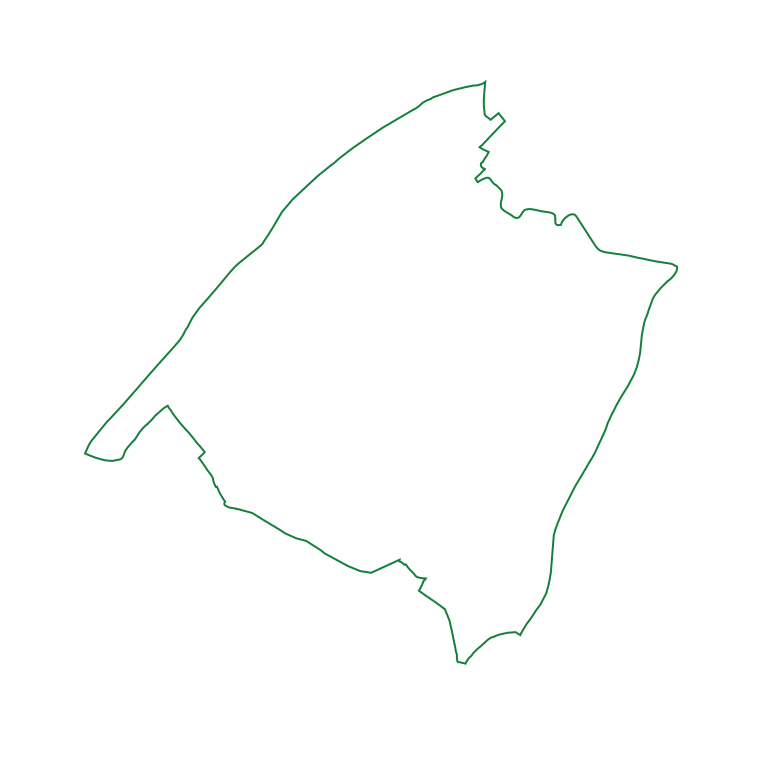 Giong Trom, Bến Tre, Vietnam (Mercator projection), rotated 83°
{"feature_id": "81297802B83890760772965", "entity_name": "Giong Trom", "entity_type": "district", "adm_level": 2, "iso_a3": "VNM", "parent_name": "Vietnam", "parent_adm1": "Bến Tre", "projection": "mercator", "projection_center": [106.467, 10.145], "detail": "fine", "context": "isolated", "style": "outline", "palette": "green", "viewbox_px": 768, "rotation_deg": 83, "n_neighbors": 0, "source": "geoboundaries", "source_scale": "gbopen_adm2", "svg_char_len": 6102}
<svg xmlns="http://www.w3.org/2000/svg" viewBox="0 0 768 768"><g transform="rotate(83 384 384)"><path d="M649.9,279.4L648.0,278.2L643.9,275.1L639.6,271.7L633.4,265.8L626.8,260.3L621.9,255.6L617.4,252.5L611.5,248.5L604.7,245.6L597.6,243.2L592.0,241.5L554.8,233.9L550.1,232.0L543.4,228.6L538.3,225.8L531.6,222.1L508.5,206.5L492.7,194.2L487.6,190.4L482.5,186.3L477.7,182.9L467.4,176.5L458.5,171.0L455.1,169.1L450.1,166.7L441.5,161.4L439.2,159.7L433.1,155.7L431.1,154.2L427.3,151.4L424.5,149.3L421.4,146.7L418.8,144.6L414.9,141.5L412.0,139.6L407.3,136.2L404.6,134.5L398.5,131.2L391.3,128.3L387.1,126.9L384.0,125.9L380.3,125.1L372.8,123.4L371.8,123.2L366.4,122.0L360.1,119.9L355.9,118.6L351.8,116.9L347.5,114.4L342.1,111.9L338.0,109.8L331.9,106.7L328.8,104.3L326.4,101.8L322.2,97.3L317.3,91.1L316.6,90.1L314.8,87.0L313.7,85.6L311.6,83.2L309.9,81.6L308.6,80.6L307.4,79.9L306.1,79.4L305.2,79.0L304.3,78.8L302.9,79.0L302.2,80.4L300.7,82.4L300.2,83.2L299.3,85.3L299.0,86.6L297.7,91.2L295.7,98.3L293.9,104.0L291.6,110.4L289.7,116.5L288.4,119.8L287.7,122.0L286.2,126.1L285.5,128.7L280.3,148.0L279.4,150.4L277.9,153.0L277.1,154.2L274.8,156.0L272.1,157.6L245.5,170.5L241.6,172.4L240.1,173.3L239.0,174.3L238.4,176.9L238.9,179.5L239.6,181.1L241.7,184.5L243.6,186.5L245.1,187.7L247.6,189.0L247.6,191.2L247.4,192.7L246.4,193.7L245.6,194.1L244.7,194.3L243.8,194.2L242.3,194.0L241.0,193.9L239.8,193.8L238.8,193.7L237.7,193.8L237.0,194.0L236.5,194.4L235.9,195.1L235.1,196.0L234.3,197.7L233.8,199.2L233.3,200.9L232.7,203.1L232.5,203.7L231.6,207.1L230.4,210.4L229.2,213.8L228.5,216.3L228.1,218.2L228.0,219.8L228.2,222.0L228.7,223.5L229.3,224.3L230.6,225.6L233.0,227.5L234.5,229.0L235.1,229.9L235.3,230.6L235.4,231.8L235.4,232.2L235.2,232.8L234.8,233.7L234.0,234.9L233.1,235.8L231.0,238.2L228.6,241.3L227.1,243.1L225.3,244.9L224.3,245.6L223.6,246.0L223.0,246.3L222.0,246.3L220.7,246.2L219.1,246.1L216.8,245.4L214.3,244.5L212.5,243.9L210.8,243.6L209.1,243.4L207.5,243.6L205.9,244.1L204.1,245.4L202.2,246.9L200.6,248.1L200.1,248.8L199.3,249.9L198.8,250.3L198.2,250.8L197.3,251.5L196.3,252.1L195.7,252.4L195.4,252.6L194.3,253.1L192.4,254.6L191.9,255.8L191.9,257.3L192.6,260.6L194.2,264.5L195.0,265.9L195.1,266.1L195.0,266.4L193.8,267.1L191.0,268.3L186.8,262.3L185.2,260.5L184.8,260.1L184.4,259.6L183.8,258.7L183.5,257.8L183.3,257.7L182.9,257.7L182.5,258.3L181.7,259.6L180.8,260.5L179.9,261.0L179.2,261.2L178.4,261.2L177.3,260.9L176.9,260.8L176.4,260.4L176.2,259.9L176.2,259.4L176.0,259.1L175.5,258.7L174.8,258.3L173.6,257.4L171.9,256.0L170.6,254.8L170.2,254.4L166.5,251.8L162.6,258.0L160.6,260.3L160.4,260.1L159.4,258.4L158.5,257.1L156.7,254.9L152.5,249.9L145.1,240.9L137.9,231.9L129.1,237.4L130.6,239.5L133.0,243.3L134.8,245.9L134.7,246.0L134.0,246.6L132.6,248.0L131.3,249.4L130.6,250.2L129.4,251.0L128.6,251.2L124.8,251.1L122.7,251.1L119.0,250.9L114.7,250.4L109.3,249.4L96.5,246.7L97.8,249.0L98.4,251.4L98.9,255.0L98.7,258.5L99.1,264.3L99.2,266.5L100.8,279.8L104.5,295.9L105.5,300.6L106.8,302.8L107.5,306.1L108.3,308.3L109.7,311.6L112.1,314.8L114.3,318.8L115.6,322.2L129.5,354.2L136.0,367.0L138.9,372.8L142.5,379.6L143.9,382.2L145.2,384.9L147.3,388.4L149.1,391.6L151.8,396.1L154.9,401.3L158.1,405.9L160.7,410.3L164.3,416.1L167.6,421.5L170.0,425.2L189.4,451.9L200.8,464.3L216.1,476.0L223.0,481.7L228.1,486.1L230.2,487.6L231.2,489.0L235.4,495.6L237.7,499.5L242.6,507.2L245.7,512.3L249.5,517.7L254.8,523.8L267.0,536.7L278.6,549.5L286.1,558.0L294.6,565.9L298.5,568.6L304.0,572.3L305.5,573.8L310.8,577.4L315.9,581.6L319.3,585.5L322.4,588.9L327.6,594.9L336.9,605.6L348.3,618.4L355.4,626.2L372.7,645.5L385.3,660.4L387.4,663.2L395.9,672.1L405.0,681.5L408.9,684.6L416.5,689.2L418.9,685.1L422.1,679.1L424.2,674.1L425.7,670.1L426.5,666.9L427.1,663.6L427.2,662.6L426.8,656.0L426.5,654.6L426.0,653.6L425.2,652.6L423.6,651.4L419.4,649.3L416.2,646.7L411.6,641.7L409.5,638.9L407.9,637.3L404.2,634.3L402.0,632.4L398.3,628.5L396.9,626.7L395.3,624.5L395.2,624.1L395.2,623.8L394.8,623.6L394.5,623.2L391.2,618.9L387.6,615.0L384.5,610.4L381.4,606.0L380.6,604.4L379.2,601.3L381.4,600.5L382.3,599.8L384.2,598.8L387.8,597.1L389.8,596.0L394.9,592.9L396.3,592.2L404.6,586.6L408.0,584.1L412.5,581.2L415.5,579.3L417.0,578.4L419.1,577.3L423.3,574.3L429.4,570.4L429.8,570.3L430.4,570.9L432.0,572.9L433.9,575.6L434.9,576.9L435.5,576.4L436.5,575.8L439.4,574.2L444.3,571.6L448.1,569.7L449.3,569.0L450.8,568.1L453.2,566.7L455.1,566.0L455.7,565.6L456.0,565.5L456.6,565.3L458.6,565.3L462.3,564.6L463.9,564.1L464.6,564.0L465.4,563.6L465.7,563.2L465.6,562.9L465.6,562.3L467.6,561.7L472.6,560.2L474.6,559.3L479.0,557.3L480.8,556.4L481.3,556.0L482.2,556.6L483.1,557.0L483.9,557.1L484.6,556.9L485.5,556.1L486.1,555.2L486.8,554.2L487.6,552.9L487.7,552.6L488.2,551.2L488.5,550.1L489.0,548.4L489.8,545.6L490.2,545.6L490.2,545.3L490.5,544.1L491.0,542.4L491.2,542.1L492.2,539.8L493.1,537.5L494.5,534.1L495.4,532.0L496.0,530.5L503.9,520.7L515.5,505.9L520.1,500.4L521.5,498.2L526.4,490.0L530.3,480.3L541.4,466.9L544.8,463.7L560.3,442.0L566.8,430.4L569.8,419.9L568.0,414.0L560.3,389.9L562.0,390.3L562.4,389.6L563.1,388.4L564.2,387.3L565.4,386.1L565.9,385.6L565.9,385.2L565.8,384.3L566.5,383.9L567.4,383.4L569.0,382.6L572.0,380.5L574.1,378.9L576.0,377.4L577.5,376.6L578.6,375.8L579.6,374.8L580.7,372.2L581.4,369.9L581.7,368.6L582.1,366.2L582.8,366.7L583.4,367.4L584.3,368.7L584.7,369.0L585.7,369.4L588.1,370.8L591.0,372.8L593.5,374.5L599.1,368.4L601.7,365.4L604.3,362.5L606.1,360.4L609.6,356.6L610.8,355.3L614.1,351.9L615.0,351.0L615.7,350.8L618.2,350.1L627.2,347.7L627.9,347.7L628.3,347.6L632.2,347.3L639.4,346.6L645.8,346.1L648.7,345.9L653.1,345.4L654.6,345.4L658.0,345.2L659.8,345.0L660.4,344.8L660.8,344.7L661.2,344.6L662.6,344.8L664.7,345.0L666.4,345.0L667.9,345.0L668.8,344.7L669.2,344.0L669.2,343.5L669.3,343.1L669.6,341.9L670.4,340.3L670.7,339.2L671.1,338.0L671.3,337.4L671.5,337.1L670.6,336.6L669.5,335.9L667.1,333.9L665.2,331.5L664.5,330.5L661.7,327.9L660.2,325.9L658.5,323.8L655.6,319.3L650.4,312.0L648.8,308.7L648.4,306.3L647.3,302.6L646.5,297.9L646.0,291.4L646.2,287.1L646.3,283.8L646.8,283.1L649.9,279.4Z" fill="none" stroke="#15803d" stroke-width="2"/></g></svg>